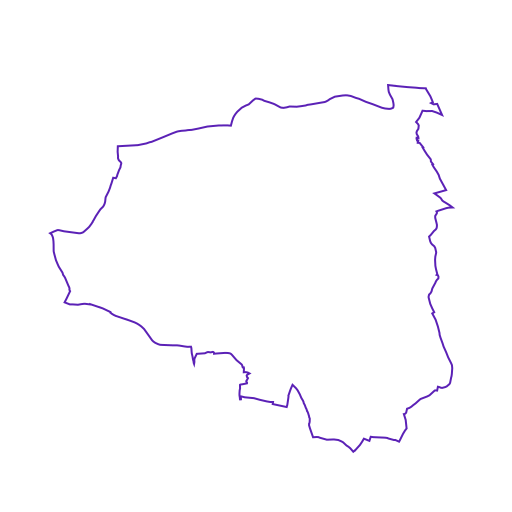 Valea Larga, Mures, Romania (Robinson projection), rotated 6°
{"feature_id": "2599482B72201107015433", "entity_name": "Valea Larga", "entity_type": "district", "adm_level": 2, "iso_a3": "ROU", "parent_name": "Romania", "parent_adm1": "Mures", "projection": "robinson", "projection_center": [24.071, 46.628], "detail": "fine", "context": "isolated", "style": "outline", "palette": "violet", "viewbox_px": 512, "rotation_deg": 6, "n_neighbors": 0, "source": "geoboundaries", "source_scale": "gbopen_adm2", "svg_char_len": 6025}
<svg xmlns="http://www.w3.org/2000/svg" viewBox="0 0 512 512"><g transform="rotate(6 256 256)"><path d="M417.7,425.7L418.4,424.0L420.8,417.5L422.5,413.9L423.8,411.8L422.0,403.4L419.6,397.8L420.3,397.6L421.0,397.1L421.7,396.1L422.2,392.1L424.5,391.0L426.3,389.6L427.8,388.0L430.1,385.9L433.6,382.0L434.6,381.0L440.9,377.8L443.1,376.4L447.8,371.1L448.5,370.9L450.2,370.9L450.6,367.0L452.4,367.3L453.6,367.7L455.0,367.7L458.1,366.5L459.5,365.6L460.2,364.8L461.5,363.5L462.0,362.7L462.3,361.8L462.8,356.3L463.0,355.3L463.1,353.0L462.9,347.1L462.3,344.1L461.3,342.3L457.7,336.7L455.2,331.9L452.0,326.4L450.7,323.4L448.0,317.9L446.9,315.3L446.5,313.3L444.3,307.2L441.3,300.6L437.3,294.7L439.1,293.3L436.7,289.6L434.3,285.4L432.0,279.2L431.9,278.2L432.2,276.2L433.3,275.0L434.1,273.3L434.3,272.7L434.6,270.6L434.8,269.7L437.3,263.6L437.5,262.6L438.5,260.7L439.6,259.4L439.7,259.1L439.7,258.7L439.6,257.4L438.8,256.0L437.6,255.9L437.9,255.2L438.0,254.4L437.6,253.5L436.4,250.3L435.7,248.0L435.4,246.9L434.5,241.1L434.4,237.8L434.8,234.5L434.8,233.4L433.4,229.3L432.3,227.7L429.8,226.0L428.5,224.6L427.6,222.9L426.1,218.6L427.6,216.8L430.4,212.5L430.9,212.0L432.0,210.8L432.4,210.1L432.7,209.3L432.8,208.1L432.7,206.2L432.0,204.1L430.3,199.5L430.1,198.3L430.1,197.2L430.9,195.7L431.4,194.6L431.4,194.0L431.3,193.5L430.8,192.8L432.6,191.9L440.3,188.5L442.5,187.8L446.4,187.2L443.3,185.3L438.6,183.0L437.2,182.4L436.0,181.7L435.4,181.3L434.0,179.5L433.1,178.7L428.5,176.0L426.9,175.1L438.2,170.6L430.8,159.9L429.2,156.3L427.0,153.2L423.5,149.1L421.8,146.7L422.5,146.2L420.3,144.0L420.0,143.5L419.8,142.0L419.5,141.4L415.5,137.3L412.7,133.8L410.4,130.7L410.9,130.4L406.9,126.4L405.0,126.5L405.0,126.0L405.3,124.2L404.1,124.2L404.1,123.2L403.4,122.7L403.4,121.6L405.2,121.6L405.0,120.7L404.6,119.9L403.2,118.1L402.7,116.6L402.9,115.1L404.2,112.5L404.2,109.2L403.4,107.9L401.2,106.0L403.6,102.2L404.1,101.3L405.8,96.1L406.4,94.1L410.3,94.1L416.0,93.4L420.8,94.5L426.3,96.3L420.3,85.8L416.9,86.6L414.2,85.6L415.8,84.6L414.7,82.5L412.7,78.9L407.7,72.3L407.4,71.5L407.1,71.5L401.5,71.9L398.1,71.9L397.4,71.9L389.0,72.2L379.2,72.3L369.5,72.2L370.3,76.6L370.7,78.2L371.0,79.1L372.4,81.6L375.3,85.7L375.7,86.7L376.6,89.4L377.1,91.5L377.1,92.4L377.0,93.9L376.9,94.2L375.6,95.0L374.5,95.5L373.0,95.8L368.9,95.8L365.7,95.4L356.1,92.8L349.2,91.2L342.1,88.9L338.7,88.3L334.2,87.1L333.1,86.9L329.8,86.7L328.4,86.8L325.5,87.3L317.8,89.3L313.1,92.2L311.3,93.8L309.4,95.1L308.2,95.7L307.1,96.0L303.5,97.0L294.7,99.5L291.4,100.3L289.7,101.1L285.1,102.3L280.8,103.3L273.8,103.8L271.1,104.9L267.9,105.8L265.5,105.8L264.4,105.5L259.1,103.3L257.6,102.8L253.4,101.8L248.0,100.8L245.8,99.9L242.2,99.4L240.1,99.4L239.0,99.5L236.7,101.6L232.9,106.0L230.2,107.4L226.3,110.0L223.9,112.7L222.3,114.5L220.8,116.8L219.7,118.9L218.9,120.9L218.1,124.4L217.4,129.0L213.7,129.1L205.2,130.1L194.2,132.3L185.3,135.3L178.8,137.3L175.2,137.9L172.7,138.6L168.7,139.3L165.4,140.2L164.1,140.7L159.9,142.8L150.7,147.8L140.2,153.4L138.3,154.0L135.2,155.5L126.9,158.1L107.1,161.3L107.5,166.8L108.4,171.3L108.5,172.9L108.6,173.3L109.2,174.5L109.7,175.2L111.7,176.8L112.3,177.7L112.3,178.3L112.0,180.1L111.9,182.1L110.9,184.7L109.6,189.7L109.4,191.2L108.5,193.3L105.8,193.1L104.7,198.7L104.1,201.1L103.7,203.4L102.6,207.4L100.4,213.1L100.3,213.8L100.3,217.6L100.0,219.7L99.6,221.0L99.3,221.8L98.7,223.0L96.4,225.8L95.4,227.6L92.6,233.0L90.6,237.7L90.1,238.6L90.0,239.3L89.8,239.5L89.1,241.0L87.1,244.4L85.6,246.2L82.5,249.6L81.6,250.5L80.3,251.2L79.0,251.7L77.5,251.9L62.5,251.5L57.5,250.9L56.3,250.9L55.6,251.1L52.4,252.8L48.9,254.9L50.1,255.6L50.8,256.4L51.7,258.0L52.3,259.4L53.0,262.4L53.5,265.6L54.2,271.8L54.4,272.9L55.3,275.4L57.5,281.1L59.6,284.9L61.0,287.3L65.3,292.8L66.2,295.0L67.5,296.4L68.5,297.8L72.4,304.9L73.5,306.7L73.9,307.7L73.9,308.8L74.1,309.2L74.3,309.8L74.8,310.4L72.1,318.0L70.5,322.1L75.9,323.6L78.6,323.3L84.0,323.1L87.1,322.2L90.0,321.5L90.8,321.4L96.1,321.5L96.1,321.2L109.0,324.1L117.2,327.0L117.3,327.2L117.2,327.6L117.8,327.9L118.2,328.3L120.7,329.5L123.0,330.3L136.7,333.3L142.2,334.7L144.7,335.6L146.8,336.6L149.1,337.9L150.6,339.0L152.3,340.3L153.1,341.2L157.1,345.7L161.5,350.7L162.9,351.8L164.9,352.9L167.9,353.9L169.7,354.3L170.9,354.3L181.7,353.6L187.0,353.1L189.1,353.1L194.0,353.4L197.3,353.5L200.8,353.0L201.2,353.9L201.5,355.1L201.9,357.5L202.3,359.5L203.4,362.7L204.1,365.3L205.0,367.7L205.2,368.8L205.7,369.8L205.8,367.8L205.5,365.7L205.6,364.4L207.3,359.5L215.3,358.1L217.7,356.7L218.7,356.5L221.0,356.6L223.0,355.9L223.6,356.0L224.2,356.4L224.4,356.7L224.5,357.6L226.3,357.2L235.3,355.6L238.1,355.4L239.8,355.5L240.7,355.7L241.5,356.1L242.5,356.9L247.5,361.6L253.0,365.3L253.6,366.0L254.2,367.7L254.5,368.2L254.9,368.4L255.3,368.0L255.5,368.0L255.8,369.1L256.0,372.9L257.4,372.6L258.8,372.6L260.1,372.8L261.8,373.5L259.7,375.0L259.4,375.4L259.2,375.9L259.3,376.2L259.5,376.6L259.7,377.3L260.5,377.9L260.8,378.3L259.4,381.5L259.5,381.9L260.3,382.9L260.3,383.6L256.2,384.9L253.9,385.5L253.6,385.7L253.6,386.4L254.0,389.4L253.8,391.2L253.9,394.0L254.0,395.2L254.2,396.6L254.8,398.8L255.0,400.1L255.1,400.3L256.0,400.1L255.9,399.3L255.4,397.2L256.0,397.2L259.6,397.7L268.8,397.6L274.7,398.6L282.0,399.5L285.3,399.7L288.2,399.4L288.1,401.5L302.3,403.0L302.7,400.7L303.0,393.6L303.0,392.1L302.8,391.6L304.1,385.9L304.7,383.7L305.8,380.3L309.6,383.3L311.4,385.2L314.1,389.1L314.9,390.6L316.0,392.5L317.8,394.9L318.5,396.1L318.8,397.2L320.2,399.3L321.4,401.8L322.1,402.8L322.8,404.3L322.9,404.8L323.3,405.1L324.3,406.9L324.9,408.4L325.5,409.7L325.7,410.7L326.4,411.9L326.5,412.4L326.7,415.2L326.6,416.6L326.3,417.3L326.5,418.9L327.7,421.8L331.7,430.3L335.1,429.7L336.9,429.6L338.7,430.1L345.7,431.3L352.6,430.3L357.1,430.4L360.5,431.5L362.1,432.2L365.8,435.0L368.0,436.1L369.9,437.4L373.2,440.5L374.4,439.2L374.6,439.3L379.1,433.1L380.9,429.7L382.4,426.4L388.1,428.0L389.0,423.8L391.5,423.9L403.1,423.2L404.4,423.2L405.9,423.3L406.4,423.6L412.5,424.6L413.7,424.4L414.7,424.7L417.7,425.7Z" fill="none" stroke="#5b21b6" stroke-width="2"/></g></svg>